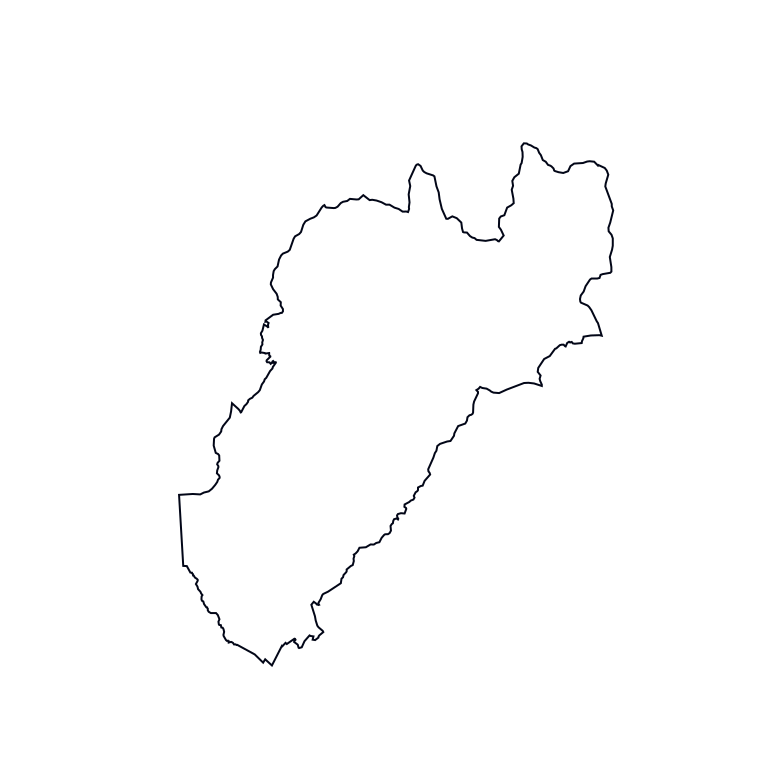 Densus, Hunedoara, Romania (Albers equal-area conic projection), rotated 123°
{"feature_id": "2599482B28304052342107", "entity_name": "Densus", "entity_type": "district", "adm_level": 2, "iso_a3": "ROU", "parent_name": "Romania", "parent_adm1": "Hunedoara", "projection": "albers", "projection_center": [22.719, 45.565], "detail": "fine", "context": "isolated", "style": "outline", "palette": "ink", "viewbox_px": 768, "rotation_deg": 123, "n_neighbors": 0, "source": "geoboundaries", "source_scale": "gbopen_adm2", "svg_char_len": 6153}
<svg xmlns="http://www.w3.org/2000/svg" viewBox="0 0 768 768"><g transform="rotate(123 384 384)"><path d="M588.6,495.5L645.9,453.3L644.1,450.2L647.6,443.7L646.9,442.3L647.3,442.0L647.5,440.7L648.6,439.8L648.3,439.2L649.3,437.2L649.3,435.0L649.6,433.7L650.4,433.1L654.2,432.8L655.5,430.1L657.3,428.2L658.2,424.8L659.3,423.2L659.9,421.3L661.4,421.3L663.9,419.9L664.9,418.7L664.8,417.1L666.6,415.0L668.0,411.5L667.7,410.7L668.1,410.4L668.4,409.4L669.7,408.6L670.5,407.0L670.4,404.4L667.6,400.1L668.3,397.5L670.9,393.9L673.5,393.4L675.5,391.6L675.8,390.9L675.1,389.5L676.8,387.8L676.3,386.5L677.0,385.1L678.9,383.1L681.9,382.0L682.7,381.2L684.8,377.1L685.0,375.9L684.3,375.1L684.7,374.5L684.4,374.1L685.4,373.4L683.6,371.8L683.4,371.1L683.4,369.5L684.1,367.9L683.2,366.7L683.2,365.5L682.7,365.0L681.2,345.1L683.5,333.6L679.6,333.7L681.1,324.7L659.2,327.0L659.3,326.4L654.7,325.6L655.0,323.9L646.4,320.4L646.2,319.8L646.7,318.9L648.5,319.2L649.3,318.9L649.6,314.4L651.7,312.0L651.7,311.4L649.6,309.6L643.0,310.6L635.4,309.5L635.3,308.3L634.1,305.7L637.3,304.6L636.3,302.3L632.4,300.9L631.3,301.4L629.9,301.3L625.1,299.8L624.4,301.0L623.7,306.4L623.0,308.3L619.5,312.5L616.4,315.4L608.7,324.7L604.9,324.3L605.1,321.3L605.5,320.3L605.2,319.9L605.1,318.7L604.5,318.2L603.9,319.4L603.1,319.8L599.0,319.9L594.7,320.8L593.2,320.6L588.6,317.8L574.6,311.7L570.4,313.6L568.4,313.1L566.2,313.9L562.4,313.2L561.2,313.4L559.9,314.3L554.7,312.7L552.9,311.6L548.9,312.9L547.1,314.4L544.4,315.2L543.6,316.4L541.5,315.5L538.7,315.0L534.7,315.4L530.8,310.3L525.9,307.9L524.2,305.1L521.5,303.9L519.2,301.7L514.3,302.2L510.5,301.7L509.4,301.2L507.8,298.9L506.0,298.1L503.2,298.3L499.5,301.2L497.2,301.2L496.0,300.7L493.7,301.7L491.9,301.9L489.9,300.2L490.0,298.5L489.3,298.6L488.4,300.3L487.1,301.5L485.5,301.5L483.1,299.4L481.4,296.2L476.6,297.3L476.0,298.0L475.9,300.0L473.8,301.1L469.1,298.5L467.3,298.1L464.9,296.4L462.7,296.5L461.6,298.1L457.6,298.5L455.7,297.7L454.5,297.7L452.3,299.1L449.4,297.5L448.2,296.2L443.1,297.2L434.8,296.0L433.7,297.3L433.0,299.2L431.4,300.5L418.8,302.5L414.3,303.7L411.4,303.7L407.0,305.5L403.7,304.4L397.8,299.7L395.6,297.2L389.3,297.1L387.1,298.1L378.9,298.9L372.9,294.3L369.5,294.5L366.4,295.9L363.7,295.3L362.2,294.0L360.8,293.5L359.5,293.7L352.6,297.8L349.6,298.9L340.6,300.1L339.4,300.9L338.8,303.2L336.4,302.1L334.1,301.8L333.8,299.4L332.0,295.4L331.8,291.7L332.0,289.9L331.6,287.5L328.9,282.5L321.8,278.0L306.9,267.1L304.3,263.5L301.8,258.4L299.7,250.6L298.6,251.3L296.4,254.7L294.9,256.3L291.6,257.3L290.1,261.7L286.5,263.4L275.8,263.3L270.3,260.2L261.3,259.7L260.3,258.9L255.7,257.7L254.2,256.4L253.2,254.8L253.7,252.7L253.6,252.1L249.8,252.7L247.8,251.8L247.6,251.3L247.8,250.5L246.5,249.5L247.1,247.8L246.3,245.9L242.0,240.5L240.2,241.3L237.2,241.7L235.6,242.4L230.6,236.9L225.7,229.9L224.9,227.7L216.4,237.7L215.5,239.8L209.2,250.2L207.7,253.9L207.3,256.0L208.5,263.1L208.0,264.2L206.0,265.9L202.6,267.2L197.7,266.9L192.2,268.2L184.2,268.1L182.5,267.4L179.4,262.6L177.7,261.0L174.5,261.8L172.7,260.4L167.5,254.8L165.9,254.5L162.1,257.0L154.5,263.8L147.1,265.9L143.5,267.4L137.3,271.4L134.9,274.5L133.6,278.7L130.7,280.9L125.4,282.2L113.6,286.3L111.0,289.7L108.9,291.1L97.8,306.0L95.0,307.3L86.3,309.9L83.7,313.4L82.6,316.5L83.6,323.5L84.3,323.5L83.1,328.8L85.2,332.9L86.8,334.8L90.3,337.5L95.6,344.6L99.7,346.3L105.3,345.5L109.4,348.6L111.3,353.0L112.3,356.6L112.3,357.5L110.9,359.2L110.3,362.1L110.3,363.4L110.9,365.8L109.5,369.4L109.7,372.8L106.6,377.1L105.6,379.8L103.3,383.1L103.2,384.7L103.8,386.7L103.9,390.7L104.6,393.6L104.5,395.2L106.0,397.8L109.8,398.1L112.2,396.3L114.0,394.2L118.0,391.4L123.8,388.9L125.6,388.9L134.2,385.5L139.6,387.3L143.8,387.0L147.5,383.7L151.5,382.7L158.1,376.4L161.7,373.7L164.8,374.6L169.0,376.8L176.9,375.0L179.9,377.3L182.5,377.5L189.7,373.2L190.9,370.0L194.3,364.5L201.8,365.3L202.1,366.1L201.8,367.7L202.1,369.7L208.6,376.7L212.7,384.9L212.3,387.5L213.1,389.7L213.1,392.5L211.8,396.9L213.3,399.5L213.5,400.5L211.0,403.3L206.5,407.1L205.3,413.3L206.2,418.0L210.7,420.4L211.5,421.8L205.6,430.9L198.8,438.0L193.5,442.5L189.7,447.6L182.4,454.8L182.3,456.4L184.1,463.0L184.3,465.7L183.9,467.7L181.2,472.1L181.1,475.1L182.4,476.1L183.9,476.2L199.7,473.8L203.7,469.8L211.5,466.6L217.8,461.5L222.1,459.5L223.5,458.3L226.7,457.5L227.2,459.2L229.3,462.3L229.2,467.0L230.4,471.3L230.6,477.0L232.5,480.0L232.9,485.1L234.2,490.2L235.9,494.2L237.6,496.2L236.9,504.2L242.9,505.8L244.2,507.5L247.3,513.4L250.5,514.5L253.5,517.6L255.8,518.8L260.6,519.5L262.8,520.7L263.8,521.9L267.3,528.3L267.5,529.3L266.4,531.4L267.6,532.0L269.9,532.4L279.4,532.3L282.5,533.6L285.5,535.8L290.4,538.5L294.4,538.4L301.7,536.4L304.4,536.8L308.6,539.0L311.4,538.9L322.8,536.1L325.4,536.8L329.7,539.8L332.2,540.3L336.8,539.8L343.4,537.3L347.1,538.1L349.4,538.0L353.1,536.4L355.2,535.0L360.4,534.1L362.1,533.2L364.9,528.6L366.8,523.2L368.8,520.6L370.9,519.1L371.6,515.1L374.5,513.4L376.2,509.6L378.1,508.3L380.0,508.4L380.7,509.4L382.6,510.6L386.3,514.7L395.1,518.0L396.3,517.4L395.6,517.0L395.7,514.0L397.6,513.5L399.3,512.1L399.6,512.3L399.4,513.4L399.5,517.1L405.5,515.0L408.5,514.9L409.8,513.9L410.5,512.3L411.7,511.4L413.0,509.5L415.4,508.8L417.1,507.5L419.8,507.5L422.4,506.1L424.7,505.5L425.3,504.7L424.3,503.9L422.9,500.7L423.1,500.1L420.6,497.2L422.5,495.8L423.0,494.9L422.7,494.5L423.0,494.2L427.9,495.3L428.8,495.0L429.4,493.9L428.2,491.8L428.8,490.0L427.2,489.6L426.9,488.9L425.9,489.8L425.1,489.5L425.6,487.9L424.7,486.7L425.0,486.3L430.2,486.5L431.8,486.0L435.2,486.6L443.0,486.1L445.0,486.6L447.2,486.0L450.9,486.2L456.8,484.8L459.4,485.1L465.0,486.9L467.2,487.0L469.5,488.4L471.7,489.0L473.0,488.3L475.8,488.4L478.5,489.1L485.5,488.4L485.9,488.7L484.9,490.4L484.3,492.5L482.9,501.0L490.3,497.3L496.2,495.0L506.9,496.1L510.4,495.7L512.5,494.7L516.3,494.8L521.0,497.0L522.5,496.7L528.4,493.3L533.4,487.6L533.1,484.9L533.7,483.3L538.0,480.2L540.7,480.6L542.2,480.2L543.1,478.2L543.9,477.6L547.3,476.8L549.9,475.5L550.5,472.5L551.6,471.1L552.5,470.7L554.6,471.1L557.0,470.5L560.6,470.6L565.5,471.2L569.5,472.5L573.1,475.9L576.7,478.0L580.4,484.5L588.6,495.5Z" fill="none" stroke="#020617" stroke-width="2"/></g></svg>